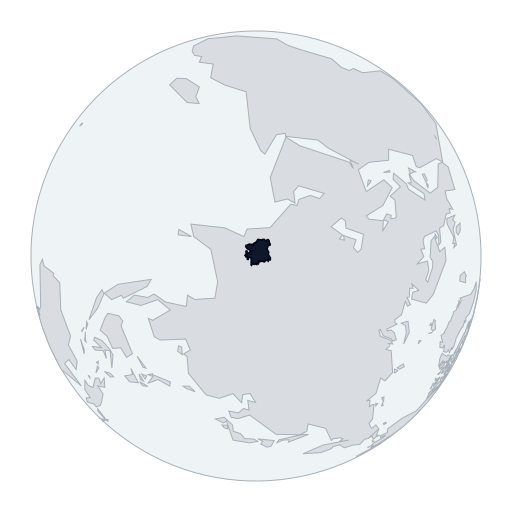 Rajasthan on an orthographic globe, rotated 123°
{"feature_id": "IND-3250", "entity_name": "Rajasthan", "entity_type": "State", "adm_level": 1, "iso_a3": "IND", "parent_name": "India", "parent_adm1": "", "projection": "orthographic", "projection_center": [75.292, 26.62], "detail": "fine", "context": "on_globe", "style": "filled", "palette": "ink", "viewbox_px": 512, "rotation_deg": 123, "n_neighbors": 0, "source": "natural_earth", "source_scale": "10m", "svg_char_len": 15490}
<svg xmlns="http://www.w3.org/2000/svg" viewBox="0 0 512 512"><g transform="rotate(123 256 256)"><circle cx="256" cy="256" r="225" fill="#eef3f6" stroke="#a8b0b8"/><path d="M319.2,39.8L329.9,43.8L340.5,47.8L333.7,45.6L357.6,55.6L369.6,62.9L352.5,53.4L348.1,51.7L354.5,55.6L351.4,54.7L352.7,56.3L348.3,55.2L338.6,50.4L335.6,49.8L340.4,52.7L339.0,53.9L332.5,49.6L329.4,51.4L312.6,45.2L298.7,37.2L285.9,35.2L262.3,31.4L260.9,31.7L251.1,31.4L245.9,31.9L243.0,31.7L241.4,32.4L245.0,32.6L245.5,33.2L242.8,33.7L238.6,33.2L239.3,32.9L236.7,33.1L235.8,32.7L234.7,33.2L230.0,33.0L230.5,34.1L223.3,34.7L221.3,34.4L226.9,33.2L233.1,31.9L250.4,30.8L267.8,31.0L285.2,32.6L302.3,35.5L319.2,39.8ZM205.6,36.4L209.1,35.7L202.5,37.4L193.3,39.8L188.7,41.0L184.5,42.4L184.1,42.8L171.0,47.4L154.4,54.9L152.8,55.7L169.8,47.9L187.5,41.4L205.6,36.4ZM348.8,51.3L344.9,49.4L349.7,51.6L348.8,51.3ZM353.6,56.8L355.7,57.7L355.5,58.2L353.6,56.8ZM212.4,35.0L210.8,35.3L210.7,35.3L212.4,35.0ZM216.2,34.3L217.2,34.1L219.1,33.8L218.5,33.9L216.2,34.3ZM348.6,57.1L347.6,57.9L347.0,56.2L348.6,57.1ZM214.5,34.8L222.5,33.3L225.8,32.8L226.1,33.1L214.5,34.8ZM346.0,57.9L343.7,60.6L348.2,62.7L334.2,58.8L340.8,57.4L339.2,54.8L342.7,57.0L346.0,57.9ZM247.4,32.5L243.3,32.3L249.2,32.1L247.4,32.5ZM251.0,32.3L268.3,32.0L272.9,33.0L266.2,32.7L274.1,34.1L267.8,34.6L262.0,34.0L260.3,33.1L259.2,34.1L251.0,32.3ZM326.9,56.6L324.9,56.8L325.1,55.7L326.9,56.6ZM246.1,33.4L249.2,33.0L253.4,33.8L248.0,34.6L248.4,34.1L246.1,33.4ZM279.2,34.3L281.4,35.3L276.9,35.9L277.1,36.5L268.0,34.7L279.2,34.3ZM246.0,34.2L245.1,35.1L240.6,35.3L243.4,33.8L246.0,34.2ZM256.8,33.7L258.5,34.2L255.8,34.2L256.8,33.7ZM224.3,37.4L227.9,36.5L230.4,36.8L224.3,37.4ZM245.0,35.5L246.6,35.4L248.0,35.5L246.4,36.2L245.0,35.5ZM265.5,35.5L263.1,35.7L268.9,36.2L265.8,37.0L260.3,35.8L261.3,36.7L260.4,36.9L257.0,35.7L265.5,35.5ZM249.1,37.4L241.0,36.7L233.8,38.0L231.4,37.7L243.5,35.8L249.1,37.4ZM254.0,36.5L250.4,36.9L249.2,36.1L251.0,35.4L254.0,36.5ZM265.6,38.1L271.9,37.1L272.8,37.5L265.6,38.1ZM247.2,37.9L249.2,38.1L246.8,38.1L247.2,37.9ZM260.2,38.1L262.3,37.6L263.3,38.0L260.2,38.1ZM251.4,39.0L248.8,38.7L249.9,38.0L251.4,39.0ZM255.6,38.7L256.6,39.4L251.9,38.0L256.4,38.4L255.6,38.7ZM260.9,38.5L262.2,38.6L259.8,38.7L260.9,38.5ZM248.7,41.9L242.5,40.4L244.9,38.8L250.6,40.5L248.7,41.9ZM32.6,237.2L38.4,199.8L41.9,191.0L47.1,177.2L75.3,150.8L76.2,157.9L92.7,166.7L93.8,170.2L86.4,179.5L94.3,203.0L103.4,196.9L116.0,212.4L128.0,217.2L141.9,198.6L122.4,190.3L124.5,179.0L144.5,177.1L162.3,185.3L163.7,181.2L157.0,168.5L165.8,163.4L155.2,163.6L156.0,168.7L149.5,169.3L148.3,164.8L151.5,163.0L147.4,159.2L133.5,169.8L132.8,176.1L119.3,172.6L116.9,183.0L111.6,185.6L113.6,169.1L117.0,164.4L117.0,144.7L112.2,149.1L111.9,168.3L109.9,165.6L103.5,172.8L106.8,165.2L108.4,144.1L99.3,141.0L79.6,153.3L76.0,151.0L76.7,143.3L92.0,125.4L98.4,132.8L103.9,127.5L109.6,116.4L111.0,119.9L114.1,116.6L117.2,119.3L128.4,115.1L132.6,117.3L143.6,108.5L147.2,108.7L139.7,113.7L136.7,118.7L147.8,125.3L151.9,124.5L158.2,118.5L160.5,121.5L165.1,114.9L174.8,116.5L166.9,109.4L174.1,103.2L183.5,100.7L184.4,97.6L169.1,101.8L164.2,104.8L162.3,109.2L147.8,117.5L142.6,116.9L152.3,104.2L145.9,102.4L156.3,94.2L191.5,86.4L202.8,87.5L207.4,102.0L201.0,104.8L196.1,100.8L194.5,110.1L197.5,106.6L199.4,109.5L206.8,105.1L208.5,106.9L212.6,99.9L215.5,101.6L212.8,106.1L226.1,102.0L233.9,104.9L236.1,103.2L236.3,100.6L246.1,106.5L247.3,105.1L244.5,102.5L245.1,98.0L249.9,92.7L253.0,95.0L251.7,97.2L253.6,105.9L249.7,112.0L251.4,112.5L255.6,107.8L253.3,97.2L255.3,93.4L257.4,98.0L256.7,96.0L258.7,94.9L263.6,96.2L261.8,91.0L279.3,78.0L290.5,79.9L290.4,85.0L306.0,80.5L317.5,84.4L314.9,81.8L320.6,78.8L317.1,77.4L316.3,76.1L329.4,69.4L334.9,70.1L337.6,65.6L336.3,64.5L332.4,63.5L334.2,58.8L348.2,62.7L350.4,65.0L357.6,66.4L361.8,71.8L368.6,77.3L369.0,83.4L374.4,87.8L376.6,87.9L385.5,94.5L396.2,108.8L377.8,96.6L359.8,77.9L366.3,85.1L362.0,83.5L362.5,86.3L367.3,91.8L369.7,92.3L362.6,103.7L368.5,120.9L375.1,118.0L382.1,121.8L394.6,142.1L392.9,174.7L402.3,182.7L404.8,189.0L400.9,194.4L397.1,185.3L390.6,183.4L389.1,177.8L381.6,184.3L379.1,176.6L374.5,186.1L379.4,191.6L386.9,188.1L384.0,200.4L395.3,209.2L399.7,222.1L391.2,248.7L377.8,259.0L377.6,263.4L370.7,259.9L363.9,269.7L378.7,290.6L379.1,297.3L366.9,312.4L366.2,307.6L347.9,298.4L346.2,314.7L360.1,325.6L365.0,339.8L355.0,336.8L349.9,324.4L343.4,320.7L343.9,306.8L336.3,287.0L326.1,292.1L325.8,283.7L313.7,267.5L298.4,274.2L275.0,297.5L273.6,318.8L264.7,328.0L249.4,297.5L246.3,276.6L238.3,278.2L224.5,259.6L193.6,255.1L191.4,249.2L185.1,250.8L175.7,243.5L173.1,233.8L166.4,233.1L174.0,258.6L181.4,259.5L190.5,252.0L191.0,260.6L200.4,269.5L182.3,286.9L140.1,295.6L139.7,279.3L126.5,228.8L128.9,224.3L129.0,223.8L129.1,222.7L124.1,229.6L123.1,219.9L126.2,253.9L125.1,267.3L139.5,296.4L137.2,298.3L143.0,304.9L165.7,304.1L165.1,309.3L152.1,330.4L123.7,353.7L129.6,375.0L131.2,391.1L118.3,396.4L124.3,409.1L118.3,410.2L121.2,416.7L119.1,421.0L113.9,422.8L99.8,414.6L95.1,408.4L82.2,392.5L62.6,356.7L62.1,344.9L59.2,332.8L49.5,300.2L51.3,287.0L49.7,278.9L45.7,276.5L44.3,266.7L42.3,264.0L32.9,252.5L32.6,237.2ZM59.8,168.1L57.6,171.9L59.8,168.1ZM177.5,205.0L190.6,209.1L191.2,194.8L196.3,195.4L194.6,190.5L191.1,193.8L188.0,180.9L196.0,178.7L197.7,172.9L193.3,171.4L179.2,177.7L183.6,195.7L177.9,200.2L177.5,205.0ZM128.2,97.9L127.0,101.1L122.4,104.0L117.2,102.8L123.7,98.5L128.2,97.9ZM126.3,105.2L137.5,93.9L141.2,94.7L137.2,96.0L138.5,97.7L132.5,100.4L125.1,113.0L120.7,116.4L113.4,111.4L118.3,110.9L119.2,107.5L126.3,105.2ZM159.4,69.0L164.3,65.6L166.0,71.5L161.3,74.1L155.7,72.7L158.1,68.8L159.4,69.0ZM213.5,36.3L215.2,35.7L216.4,35.7L215.8,36.2L213.5,36.3ZM225.8,37.0L207.0,39.4L208.1,38.7L195.8,41.7L193.8,41.2L201.8,39.1L191.1,41.3L197.5,39.2L190.0,41.1L208.0,36.5L213.4,35.2L208.2,36.8L209.8,37.2L212.2,37.0L222.8,35.7L235.1,33.7L238.8,34.4L238.1,35.4L235.7,36.0L234.1,35.2L232.0,36.5L227.8,36.0L225.8,37.0ZM227.6,54.9L226.8,52.4L221.9,57.6L217.7,56.0L217.4,56.7L212.2,56.8L205.4,58.3L204.3,57.2L202.1,58.3L198.6,58.6L195.2,59.9L192.1,58.6L187.7,60.2L188.7,58.7L182.0,61.9L185.5,59.0L181.4,59.6L180.1,62.0L171.3,55.0L164.8,55.2L157.5,57.3L164.6,52.9L176.0,48.6L188.4,45.6L193.6,46.4L195.9,44.6L199.0,44.6L195.9,46.0L202.6,43.9L204.4,44.4L215.4,43.5L223.9,40.9L228.2,40.8L225.7,42.1L231.7,41.1L229.9,43.6L232.9,43.7L234.1,46.6L227.7,49.5L231.5,49.4L232.6,51.9L227.6,54.9ZM248.8,42.8L242.0,45.9L236.3,46.8L236.5,41.5L234.1,41.1L234.0,38.4L242.2,37.4L241.4,38.2L242.6,38.8L239.6,38.8L242.9,39.3L242.0,40.5L244.4,41.2L241.5,42.0L248.8,42.8ZM98.5,168.0L100.0,169.8L103.1,171.3L99.1,176.1L98.5,168.0ZM99.2,153.6L101.1,154.1L96.9,161.1L95.4,159.5L99.2,153.6ZM105.6,148.8L101.5,153.6L102.8,150.1L105.6,148.8ZM141.8,114.0L144.2,114.4L143.0,116.0L140.1,117.7L141.8,114.0ZM212.3,72.1L212.7,70.0L214.3,69.7L219.4,65.6L222.9,66.8L221.2,69.8L212.3,72.1ZM136.6,200.7L131.1,203.2L130.2,200.5L132.3,200.2L136.6,200.7ZM112.7,189.4L116.5,194.6L111.5,190.7L112.7,189.4ZM217.0,72.7L218.7,70.8L219.4,72.6L217.0,72.7ZM225.7,67.5L227.1,69.3L223.9,66.5L225.7,67.5ZM239.5,473.4L243.3,474.6L239.4,474.5L239.5,473.4ZM164.8,397.3L159.5,421.6L150.1,419.3L145.2,410.9L145.1,395.5L155.0,393.3L159.1,386.7L164.8,397.3ZM409.4,361.4L414.2,360.6L413.9,361.5L409.4,361.4ZM404.5,360.1L410.2,358.5L403.3,362.3L404.5,360.1ZM412.4,357.8L418.2,354.1L420.7,351.7L420.1,353.8L412.4,357.8ZM400.5,361.4L377.5,367.1L368.1,366.8L370.6,363.0L385.9,360.4L400.5,361.4ZM369.8,363.0L355.0,356.4L332.7,331.2L340.7,330.7L363.7,344.3L362.3,347.5L371.2,353.3L369.8,363.0ZM404.5,337.1L403.0,346.3L390.6,348.9L384.8,349.0L380.9,338.6L383.1,332.2L388.0,331.2L405.2,306.4L411.5,309.4L406.6,319.5L411.6,325.8L404.5,337.1ZM274.8,320.7L280.7,332.9L275.7,335.1L274.8,320.7ZM410.9,290.0L404.8,301.0L410.0,287.2L410.9,290.0ZM413.3,277.6L414.3,282.0L411.0,278.5L413.3,277.6ZM378.6,269.8L373.5,272.0L372.8,268.8L378.9,264.1L378.6,269.8ZM403.0,233.1L405.1,242.8L404.9,246.3L401.5,241.2L403.0,233.1ZM249.4,84.2L238.4,88.2L232.8,92.8L233.3,97.6L227.9,93.0L236.5,85.9L249.4,84.2ZM275.3,78.3L274.8,74.7L278.1,75.6L278.7,76.5L275.3,78.3ZM272.8,76.7L266.3,73.7L268.1,71.3L272.8,74.0L272.8,76.7ZM241.3,72.2L237.8,73.2L237.3,71.5L241.3,72.2ZM418.1,412.4L417.3,413.2L421.5,407.7L417.7,411.5L423.8,404.5L417.1,411.7L418.6,408.4L415.3,409.3L381.1,432.4L375.1,433.4L379.8,428.3L380.7,416.0L382.9,415.6L385.4,406.0L407.5,390.4L424.2,367.9L432.8,364.9L441.5,348.7L449.2,345.0L444.8,356.6L450.4,358.0L460.1,331.7L457.6,352.4L457.6,356.2L454.9,361.8L444.2,379.8L431.9,396.7L418.1,412.4ZM421.2,358.1L428.3,348.8L431.7,346.8L421.2,358.1ZM477.2,298.8L477.0,299.5L477.3,298.1L477.2,298.8ZM477.9,295.0L478.2,293.3L478.0,294.4L477.9,295.0ZM477.8,293.7L477.8,295.3L477.7,294.4L477.8,293.7ZM477.4,295.3L477.1,295.1L477.2,294.4L477.4,295.3ZM468.4,311.1L470.3,318.0L467.6,321.1L465.1,317.9L461.1,327.0L453.4,331.8L455.8,326.5L455.2,321.1L445.9,324.3L444.1,321.3L447.7,316.6L441.0,316.9L448.5,311.2L451.1,318.0L455.1,309.1L461.1,306.6L466.2,305.2L469.5,307.8L468.4,311.1ZM447.6,329.5L448.8,328.8L447.5,331.9L447.6,329.5ZM476.4,292.8L476.9,295.1L476.7,296.3L476.3,296.6L476.4,292.8ZM470.4,305.5L474.2,294.6L474.9,293.7L472.2,304.2L470.4,305.5ZM473.7,291.1L475.1,290.1L475.6,293.0L475.2,294.4L473.7,291.1ZM432.6,329.5L432.1,331.9L430.1,331.0L432.6,329.5ZM435.3,326.9L441.3,326.5L434.7,329.1L435.3,326.9ZM415.0,326.7L417.0,331.5L423.5,325.6L418.6,332.5L422.5,339.9L420.9,343.9L417.0,335.7L414.9,346.3L412.0,347.1L410.8,339.0L414.0,327.4L416.9,322.0L428.4,315.9L415.0,326.7ZM435.4,320.2L433.8,314.4L434.9,309.6L436.8,312.2L435.4,320.2ZM428.0,300.8L422.7,295.0L418.5,299.6L426.4,285.6L430.3,293.5L428.0,300.8ZM422.5,285.6L418.6,289.8L422.2,282.0L422.5,285.6ZM417.3,287.6L416.1,282.4L419.6,281.9L417.3,287.6ZM424.7,285.1L424.3,275.7L426.6,280.4L424.7,285.1ZM413.0,270.9L421.4,277.2L411.6,276.7L408.2,259.3L412.1,257.5L413.0,270.9ZM416.3,192.5L413.6,188.0L416.4,185.5L417.4,189.3L416.3,192.5ZM422.9,175.0L416.3,183.5L410.5,190.9L413.7,192.3L414.9,201.3L408.6,194.9L410.5,183.6L415.4,179.6L413.4,172.3L415.3,166.0L410.6,157.9L410.5,153.6L416.3,159.8L422.9,175.0ZM408.3,154.7L400.9,140.2L407.3,139.8L410.4,142.8L411.1,149.5L407.7,149.3L408.3,154.7ZM401.0,136.7L397.5,136.6L379.4,118.7L377.1,114.9L394.4,127.4L392.1,128.1L395.4,132.8L401.0,136.7ZM327.0,57.9L325.1,56.9L327.5,57.4L327.0,57.9ZM314.2,75.4L313.6,73.6L316.5,74.0L314.2,75.4ZM313.3,69.0L310.5,69.8L312.1,67.9L313.3,69.0ZM304.4,72.0L308.7,69.7L306.5,73.4L304.4,72.0Z" fill="#d9dde1" stroke="#a8b0b8" stroke-width="1"/><path d="M242.5,250.9L243.0,250.9L244.1,250.6L244.2,250.0L244.3,249.9L244.6,249.5L245.1,249.1L245.3,248.7L245.5,247.9L245.9,247.4L247.8,246.5L247.9,246.4L249.0,244.5L249.5,243.0L250.1,242.6L250.7,242.5L251.4,242.0L251.4,241.9L251.5,241.9L251.5,242.1L251.3,242.6L251.2,242.8L253.4,242.9L253.3,243.0L253.5,243.2L253.5,243.3L253.2,243.4L253.2,243.6L253.3,243.7L253.6,243.6L253.5,244.3L253.7,244.6L253.6,244.8L253.4,244.9L253.7,245.3L253.8,245.3L253.8,245.2L254.2,245.2L254.4,245.1L254.7,245.2L254.9,245.5L255.1,245.5L255.3,245.7L255.6,245.6L255.9,245.6L256.1,245.5L256.3,245.6L256.4,245.9L256.3,246.0L256.5,246.6L256.8,246.7L256.8,246.8L256.7,246.9L257.0,248.0L257.4,248.5L257.7,248.7L257.7,248.9L257.8,248.9L258.1,249.0L258.3,249.2L258.7,249.9L258.3,250.1L258.5,250.1L258.3,250.6L258.2,250.7L258.2,250.8L258.4,251.0L258.9,251.1L259.1,251.3L259.2,251.2L259.1,250.9L259.0,250.4L259.3,250.2L259.5,250.4L259.6,250.2L259.5,249.9L260.0,249.9L260.1,250.1L260.0,250.3L260.3,250.4L260.3,250.6L260.5,250.5L260.7,250.2L261.1,249.9L261.2,249.7L261.4,249.6L261.7,249.9L261.7,250.0L261.6,250.3L261.7,251.1L261.6,251.3L261.6,251.5L261.6,251.8L261.9,251.8L262.0,251.6L262.1,251.4L262.3,251.3L262.5,251.2L262.6,251.3L262.7,251.2L262.7,251.3L262.8,251.3L263.0,251.6L263.1,251.8L263.1,252.0L263.1,252.3L263.4,252.6L263.5,252.9L263.9,253.1L264.1,253.1L264.1,253.3L264.3,253.6L264.2,253.7L264.1,253.8L263.8,254.0L263.7,254.1L263.8,254.2L263.9,254.3L264.1,254.3L264.2,254.2L264.3,254.4L264.5,254.3L263.5,254.9L263.4,255.0L263.4,255.3L263.5,255.3L263.6,255.1L263.8,255.1L264.2,254.9L264.5,254.7L265.0,254.8L265.1,254.7L265.4,254.8L265.5,254.9L265.7,254.7L265.9,254.6L266.1,254.6L266.3,254.6L266.2,254.9L266.2,255.1L265.9,255.2L265.9,255.4L265.8,255.6L265.6,255.6L265.2,255.7L265.1,255.9L264.9,256.0L264.6,256.2L264.5,256.4L264.2,256.5L263.8,256.7L263.6,256.7L263.5,256.9L263.2,257.0L262.8,257.4L262.5,257.5L262.4,257.5L262.1,257.7L262.0,257.9L261.7,258.0L261.4,258.3L261.3,258.5L261.1,258.7L260.8,258.7L260.7,258.9L260.4,259.0L260.3,259.4L260.2,259.5L260.5,260.5L260.8,260.8L261.0,260.9L261.2,261.0L261.6,261.0L261.8,261.1L262.1,261.1L262.4,260.9L262.7,261.0L262.8,260.9L262.9,260.7L263.1,260.6L263.3,260.7L263.3,260.9L263.4,261.0L263.5,261.5L263.4,261.7L263.2,261.9L262.8,261.8L262.4,262.0L262.1,262.0L261.6,262.2L261.5,262.3L261.7,262.8L261.3,262.9L261.3,263.0L261.6,263.3L261.9,263.3L262.2,263.5L262.3,263.7L262.3,264.0L262.2,264.1L261.8,264.3L261.7,264.3L261.7,264.0L261.4,264.0L261.5,264.9L261.7,265.4L261.6,265.6L261.3,265.6L260.9,265.4L261.0,265.1L260.9,265.1L260.6,265.2L260.5,265.4L260.4,265.5L260.2,265.2L259.9,265.3L259.6,265.2L259.3,265.2L259.2,265.1L259.2,264.9L259.0,265.1L259.0,265.8L258.8,265.9L258.5,266.1L258.5,266.3L257.8,266.8L257.6,266.6L257.6,266.9L257.4,267.1L257.1,267.0L257.0,266.8L256.8,266.6L256.7,266.3L256.9,266.1L257.2,266.3L257.4,266.2L257.6,266.3L257.8,265.9L257.7,265.7L257.8,265.3L257.8,265.1L257.6,265.0L257.6,264.6L257.7,264.4L258.0,264.4L258.1,263.9L257.9,263.7L257.6,263.2L257.3,263.4L256.6,263.5L255.6,263.4L255.7,263.1L255.6,262.8L255.8,263.0L256.0,263.0L256.4,262.8L256.3,262.7L256.0,262.8L255.8,262.7L256.0,262.7L256.0,262.4L256.1,262.1L255.8,262.2L255.4,262.2L255.3,262.5L255.3,262.8L255.1,262.8L254.9,262.9L254.6,262.8L254.5,262.7L254.3,262.7L254.4,262.9L254.4,263.2L254.8,263.2L254.8,263.6L254.5,263.7L254.4,263.7L254.3,263.4L254.2,263.3L254.2,263.2L254.1,263.4L254.2,263.7L253.9,264.2L254.0,264.3L254.4,264.5L254.1,264.9L254.0,265.2L254.0,265.3L254.3,265.3L254.5,265.4L254.6,265.8L254.8,266.1L254.6,266.9L254.6,267.1L254.7,267.4L254.7,267.6L254.4,268.2L254.3,268.3L253.6,268.6L253.4,268.8L253.2,269.1L253.3,269.2L253.7,269.3L253.9,269.6L253.0,270.0L252.7,269.9L252.5,270.1L252.2,269.6L251.9,269.6L251.7,269.2L251.2,268.8L250.9,268.9L250.6,268.5L250.3,268.6L250.1,268.5L250.0,267.8L249.9,267.7L249.6,267.8L249.6,267.4L249.4,267.4L249.2,267.1L249.1,266.6L249.3,266.5L249.2,266.1L249.0,265.8L248.9,266.1L248.7,266.2L248.5,265.9L248.1,265.6L248.1,265.4L248.2,265.1L248.3,264.9L248.5,264.9L248.5,264.7L248.4,264.7L248.1,264.6L248.1,264.2L247.8,264.3L247.7,264.4L247.6,264.7L247.4,264.8L246.8,264.7L246.6,264.4L246.2,264.2L245.9,264.5L245.7,264.3L245.7,264.1L245.4,264.0L245.1,263.8L245.4,263.8L245.4,263.7L244.9,263.7L244.6,263.6L244.4,263.4L244.2,263.4L244.0,263.6L243.7,263.4L243.6,263.5L243.4,263.5L242.9,263.5L242.6,263.4L242.3,263.4L242.1,263.5L241.8,263.5L241.5,263.6L240.9,263.3L240.7,262.9L240.4,262.3L240.2,261.5L239.8,261.0L239.7,260.8L239.5,260.5L239.6,259.4L239.4,259.3L239.0,259.4L238.5,259.4L238.2,259.3L238.1,259.1L238.0,258.9L237.6,258.3L237.5,258.1L237.6,257.7L237.9,257.2L238.0,256.0L237.9,255.9L237.6,255.7L236.8,255.7L236.6,255.7L236.2,255.3L235.7,255.1L235.6,254.8L235.8,253.9L235.9,253.6L236.0,253.3L237.0,252.5L237.2,252.2L237.6,251.8L238.0,250.9L238.8,250.2L239.2,250.1L239.6,250.3L239.8,250.5L239.8,250.9L239.9,251.1L240.1,251.3L240.5,251.5L240.8,251.4L241.9,251.0L242.5,250.9Z" fill="#0f172a" stroke="#020617" stroke-width="1.5"/></g></svg>